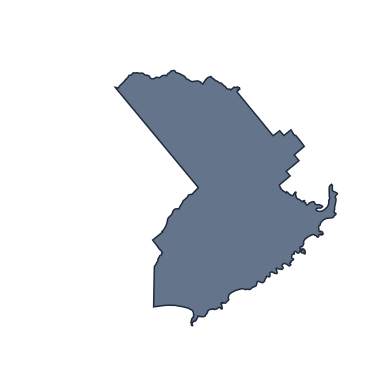 the district of Kiama, New South Wales, Australia, rotated 41°
{"feature_id": "25037944B41308394801248", "entity_name": "Kiama", "entity_type": "district", "adm_level": 2, "iso_a3": "AUS", "parent_name": "Australia", "parent_adm1": "New South Wales", "projection": "orthographic", "projection_center": [150.782, -34.696], "detail": "fine", "context": "isolated", "style": "filled", "palette": "slate", "viewbox_px": 384, "rotation_deg": 41, "n_neighbors": 0, "source": "geoboundaries", "source_scale": "gbopen_adm2", "svg_char_len": 6019}
<svg xmlns="http://www.w3.org/2000/svg" viewBox="0 0 384 384"><g transform="rotate(41 192 192)"><path d="M69.3,141.5L69.5,142.4L69.4,143.5L68.0,145.3L68.5,148.4L68.1,150.3L68.3,153.4L67.9,158.2L67.8,159.9L68.1,161.7L67.7,162.2L66.5,162.7L65.4,163.4L193.9,184.5L193.5,193.6L191.6,196.0L191.3,196.9L192.0,198.9L191.1,204.5L191.8,206.5L192.5,211.2L193.1,213.0L192.9,213.5L192.3,213.9L190.5,215.8L190.2,216.5L190.1,218.5L191.5,222.3L191.1,225.7L191.2,227.6L191.6,228.8L192.9,230.8L194.2,233.7L195.0,236.3L195.2,238.3L195.6,239.2L195.2,241.4L196.1,241.5L193.8,254.1L202.6,255.8L202.6,256.0L205.7,256.6L205.7,256.3L209.2,257.0L209.1,257.4L209.3,258.3L210.1,259.0L210.1,259.9L209.6,260.7L209.5,261.4L210.0,262.8L210.1,264.1L210.3,264.7L210.7,265.5L211.7,266.9L211.8,267.7L211.6,268.3L212.3,270.4L212.3,272.1L212.6,273.1L238.4,303.9L245.4,295.9L248.6,292.8L253.7,288.6L262.2,283.6L265.8,282.0L270.1,281.1L271.1,281.5L272.8,282.5L273.1,283.1L273.7,283.3L274.5,284.4L274.6,284.9L275.0,285.2L274.9,285.4L275.1,285.6L275.0,285.9L275.2,286.8L275.0,287.4L275.2,287.7L275.1,288.0L275.6,288.6L275.8,289.0L276.2,290.4L277.0,291.0L277.0,291.3L277.3,291.3L278.3,292.1L278.9,292.9L280.0,292.7L280.1,292.4L279.0,291.7L278.1,290.9L278.0,290.1L278.2,289.6L277.9,288.9L278.3,288.2L278.9,287.8L279.0,287.4L279.3,286.6L279.2,285.9L278.7,285.5L279.0,285.0L278.7,284.5L278.5,283.2L278.3,282.1L277.9,281.9L278.1,281.6L278.6,281.7L279.0,281.1L280.5,280.3L282.2,278.9L283.3,277.3L282.8,274.6L283.0,274.0L282.8,273.8L282.6,272.6L282.3,271.8L281.8,271.3L282.7,268.7L283.5,267.7L283.8,267.7L284.1,267.2L284.1,266.9L284.5,266.8L285.0,266.0L285.8,266.1L286.4,265.6L287.1,264.6L287.4,263.4L287.7,263.2L287.9,261.6L288.7,260.9L289.5,260.6L290.2,261.0L290.9,261.0L291.4,260.3L291.2,259.9L288.4,257.8L287.4,257.7L286.8,256.4L287.5,255.9L287.9,256.0L288.2,255.9L288.3,255.5L287.9,255.2L288.0,255.0L289.0,254.8L290.2,253.9L290.2,251.5L290.5,250.6L290.3,249.0L288.9,248.3L287.5,245.7L287.4,244.4L287.8,241.9L289.7,237.3L290.6,236.1L291.5,234.5L293.6,231.8L293.9,231.4L295.8,230.9L296.5,230.5L297.4,229.1L299.3,228.0L300.0,226.6L300.2,224.2L300.7,223.6L301.0,222.8L301.9,221.2L301.5,219.5L300.3,217.6L300.2,216.8L300.8,215.9L301.4,215.5L304.1,214.7L305.1,213.7L305.2,213.1L305.2,211.6L304.5,210.1L304.1,207.7L303.5,206.9L303.7,206.5L305.9,205.5L306.2,204.8L305.6,203.6L304.1,202.4L303.8,201.3L304.3,200.4L305.0,199.8L307.4,199.2L309.2,198.3L309.5,197.8L309.4,197.1L305.7,194.6L305.6,194.2L305.9,193.8L307.3,193.5L309.0,192.6L310.6,191.5L310.9,190.1L310.6,189.5L309.9,189.0L308.6,188.9L308.2,188.6L307.9,187.5L308.0,185.8L308.4,185.4L311.1,184.3L313.6,184.2L314.0,183.9L314.2,183.4L314.3,182.1L313.8,181.8L312.7,181.7L312.2,181.3L312.8,179.9L312.2,178.8L312.9,177.4L312.8,176.2L312.3,175.9L311.6,176.3L310.7,176.3L309.8,175.7L309.4,175.2L308.9,174.1L308.7,173.2L309.8,171.9L309.6,171.1L308.6,170.6L308.6,169.8L309.0,168.9L309.3,168.7L311.2,168.9L312.2,168.5L312.6,167.8L312.5,166.0L312.1,165.5L312.3,165.2L314.5,165.9L316.3,165.0L317.5,164.9L317.8,164.6L317.8,164.3L317.4,163.7L316.8,163.6L316.6,162.8L315.7,162.1L313.7,161.8L312.7,162.7L312.7,162.9L313.6,162.9L313.0,163.8L312.4,163.7L312.3,163.0L311.5,164.0L310.2,163.8L309.7,162.1L309.9,161.8L310.7,161.5L310.9,161.2L310.9,159.9L310.3,157.8L309.1,156.7L308.4,155.2L308.3,154.0L308.5,151.6L309.6,148.0L311.3,144.5L311.7,144.1L313.1,144.1L313.7,143.6L316.4,143.8L316.6,143.6L316.8,142.5L316.7,142.1L315.9,141.3L315.9,140.8L316.4,140.2L317.9,139.6L318.0,139.4L317.3,138.9L318.3,138.8L318.6,138.0L318.2,137.3L317.3,137.0L316.8,136.6L314.8,137.1L314.2,138.3L313.2,138.0L312.0,136.6L310.8,135.8L310.1,134.6L310.1,134.3L310.5,133.3L309.8,132.0L309.3,130.1L309.2,129.1L309.6,126.6L310.6,123.9L312.8,121.4L313.9,120.5L315.2,118.7L315.0,116.6L315.3,114.9L315.3,114.4L314.2,113.6L313.5,114.3L312.9,114.4L312.1,113.8L311.6,112.5L310.8,111.2L309.5,109.8L307.1,105.3L305.7,103.2L304.4,102.2L303.4,101.9L302.8,100.1L303.1,98.8L302.8,97.9L301.7,97.7L298.2,98.7L296.7,98.6L296.4,98.3L295.9,97.4L295.0,96.7L294.0,95.2L292.8,94.7L292.2,94.7L291.9,96.4L292.3,98.2L293.9,100.2L298.5,105.2L300.3,106.7L300.6,108.4L302.8,111.0L303.5,113.0L303.9,114.1L303.6,117.7L302.8,120.8L301.9,122.0L300.3,123.5L299.0,124.0L297.6,124.2L297.3,124.1L297.0,123.4L296.9,122.6L298.0,121.1L299.7,119.7L300.1,118.4L300.2,117.4L300.0,117.2L299.1,117.2L296.6,117.9L296.1,118.2L294.7,119.7L293.7,120.2L292.7,120.2L290.9,119.4L290.4,119.4L289.9,119.8L289.1,120.6L287.7,123.6L288.0,124.3L288.0,124.9L287.4,126.4L287.1,126.5L286.2,126.5L284.9,125.6L284.6,126.0L283.8,125.7L283.0,125.8L282.7,125.4L282.7,124.7L282.4,124.7L281.7,125.7L281.9,126.4L281.6,127.0L277.4,127.3L276.9,127.8L274.9,128.0L271.8,126.0L270.7,124.0L270.0,124.3L270.0,125.5L270.5,127.9L270.4,128.6L269.2,129.4L266.8,129.8L265.1,129.6L263.4,129.7L263.8,130.8L259.5,131.4L256.3,131.1L256.3,130.8L256.0,130.6L254.5,130.2L253.3,129.2L255.5,115.5L249.5,114.6L252.2,98.2L244.8,96.9L246.8,83.9L239.0,82.2L233.9,81.4L233.2,81.3L231.7,82.0L225.9,80.1L224.3,89.1L218.0,88.2L216.2,96.4L161.2,87.1L160.1,86.4L159.8,85.2L160.1,85.0L159.7,84.5L160.1,84.4L160.7,83.2L159.4,82.2L158.5,82.6L157.9,82.6L157.1,83.1L157.1,83.7L156.8,84.2L156.0,84.8L155.0,85.1L154.3,89.7L153.0,89.5L151.7,90.9L150.2,91.1L147.8,90.6L147.1,90.9L145.8,90.7L145.0,90.9L142.9,90.5L141.1,91.7L139.0,91.7L136.6,92.5L135.3,92.4L132.4,92.7L130.5,92.4L130.2,92.7L129.7,93.9L129.0,95.0L128.6,97.3L128.9,100.3L128.8,100.9L129.3,102.2L129.3,103.5L126.0,103.5L124.8,103.8L123.6,104.4L122.6,105.1L122.2,105.9L120.6,107.4L120.3,108.1L118.5,109.2L115.0,109.7L113.7,110.2L110.4,109.6L105.9,110.6L103.6,111.4L101.9,112.2L101.2,112.3L99.2,111.8L98.6,112.1L97.0,114.1L96.7,115.1L96.8,116.7L96.1,118.3L96.5,120.8L96.4,121.2L95.0,121.6L93.3,123.6L93.1,124.2L92.7,126.3L92.4,127.1L89.8,128.8L89.5,129.1L89.2,130.8L88.4,132.1L87.4,132.9L86.4,133.2L85.7,133.3L83.8,132.6L83.1,132.6L81.3,133.5L79.8,134.6L77.5,134.5L76.6,134.8L74.5,136.8L72.0,138.3L71.6,139.1L70.0,140.1L69.5,140.7L69.3,141.5Z" fill="#64748b" stroke="#1e293b" stroke-width="1.5"/></g></svg>